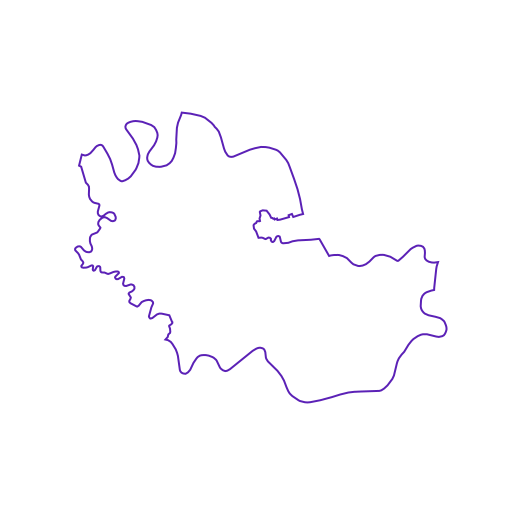 An Duong, Hải Phòng, Vietnam, rotated 336°
{"feature_id": "81297802B31270346353021", "entity_name": "An Duong", "entity_type": "district", "adm_level": 2, "iso_a3": "VNM", "parent_name": "Vietnam", "parent_adm1": "Hải Phòng", "projection": "albers", "projection_center": [106.579, 20.884], "detail": "fine", "context": "isolated", "style": "outline", "palette": "violet", "viewbox_px": 512, "rotation_deg": 336, "n_neighbors": 0, "source": "geoboundaries", "source_scale": "gbopen_adm2", "svg_char_len": 6114}
<svg xmlns="http://www.w3.org/2000/svg" viewBox="0 0 512 512"><g transform="rotate(336 256 256)"><path d="M246.5,94.8L245.0,96.7L239.0,102.5L235.9,106.7L230.6,117.0L229.2,120.4L226.7,124.8L223.9,129.2L220.6,132.6L217.7,134.9L214.9,136.1L211.2,136.8L205.8,135.9L204.3,135.4L200.9,133.7L198.5,131.7L197.2,129.7L196.2,127.3L195.8,125.0L196.0,123.5L196.5,122.0L197.5,120.5L198.6,119.1L201.1,117.2L207.9,113.4L211.3,110.7L214.0,107.7L215.3,105.6L215.9,103.4L216.0,100.3L215.5,96.9L213.5,93.7L206.7,87.2L202.9,84.8L200.9,83.7L198.6,82.9L195.9,82.4L193.6,82.3L191.7,82.6L190.3,83.5L189.3,84.7L188.9,86.0L188.9,87.3L191.3,98.7L191.9,105.9L191.6,110.6L190.3,116.9L189.3,118.8L186.4,123.3L182.5,127.1L181.0,128.3L174.0,132.3L170.7,133.3L167.4,133.6L164.5,133.4L163.7,133.1L162.8,132.3L161.2,129.6L160.7,127.6L160.4,125.1L160.5,122.0L161.7,114.0L162.2,108.1L161.9,102.1L161.0,94.3L160.7,92.9L160.1,91.9L159.2,91.2L157.8,90.8L155.4,90.8L153.7,91.3L150.6,92.9L146.5,94.7L143.9,95.1L141.5,94.9L140.5,94.5L138.1,92.5L131.1,101.5L132.6,103.3L130.4,119.8L131.4,122.5L131.6,124.6L130.8,126.8L128.3,131.9L127.7,134.1L127.6,136.4L128.4,139.4L129.1,140.7L130.0,141.7L133.4,144.3L133.8,145.2L133.5,146.2L129.6,151.0L128.9,152.6L128.8,154.2L129.4,155.7L130.3,156.8L131.1,157.1L133.1,157.2L136.0,156.4L138.6,156.1L140.1,156.4L142.0,157.5L143.3,158.8L143.7,160.0L143.7,163.2L143.2,164.6L142.0,165.9L141.2,166.2L139.4,166.0L137.9,165.0L135.4,160.8L133.9,159.2L132.3,158.6L130.8,158.6L127.9,159.4L125.8,160.9L124.8,162.6L124.7,164.1L125.4,166.8L124.9,167.4L121.2,169.6L120.3,169.9L114.9,169.7L114.0,170.0L112.3,171.2L111.6,172.1L110.3,174.8L109.8,177.2L109.9,180.3L109.5,182.3L108.8,183.6L107.3,184.8L105.5,184.8L104.7,184.5L103.0,183.5L102.2,182.7L101.1,180.9L99.8,176.5L99.3,175.8L98.4,175.2L96.9,174.8L95.2,175.1L94.1,175.5L93.5,176.1L93.2,177.3L94.6,181.1L94.9,182.8L94.7,188.0L95.4,189.9L95.6,191.5L95.4,192.1L94.5,192.9L92.5,193.9L92.2,194.4L92.2,195.4L93.5,196.5L96.1,197.5L97.8,197.8L101.8,197.7L102.6,198.0L102.9,198.3L103.1,199.1L101.4,201.9L101.3,202.6L101.6,203.3L102.6,203.5L103.3,203.3L106.4,201.0L107.4,201.0L108.5,201.4L109.1,202.3L109.1,203.0L107.8,206.3L107.8,207.4L108.2,208.1L108.8,208.5L110.9,209.5L113.0,211.8L113.7,212.3L115.5,212.5L119.2,212.6L121.2,213.0L123.0,213.7L123.7,214.2L124.1,215.1L123.7,215.9L119.1,217.6L118.5,218.3L118.6,219.7L119.0,220.3L120.6,221.0L125.1,220.5L126.3,221.2L126.7,221.7L126.5,223.1L123.3,227.2L123.1,228.4L123.4,229.3L123.9,229.9L125.2,230.6L129.9,231.0L130.8,231.4L132.2,232.9L132.4,234.7L131.7,236.3L131.0,236.9L129.9,237.4L128.1,237.9L125.5,237.9L124.4,238.5L124.2,239.1L124.8,242.9L124.0,244.0L122.1,245.4L121.7,246.1L121.6,246.8L122.2,248.2L126.4,253.5L126.9,253.9L128.6,253.7L132.8,251.6L135.2,251.5L137.4,251.7L140.0,252.4L141.9,253.6L142.6,254.6L143.1,256.3L142.7,257.5L139.5,260.4L133.7,267.5L133.5,268.6L133.8,269.9L134.3,270.3L136.1,270.5L141.8,269.1L144.3,269.3L146.4,270.3L152.7,274.9L152.5,282.0L152.7,282.3L152.4,283.1L151.0,283.9L148.4,284.3L148.1,284.8L147.9,287.4L146.9,290.3L146.2,291.3L144.0,292.0L142.4,294.1L139.3,295.5L141.4,297.1L143.2,299.8L143.9,302.5L144.7,308.7L144.5,312.4L144.0,315.6L140.1,329.1L140.0,330.6L140.5,332.3L141.7,333.7L143.6,334.9L144.6,334.9L146.6,334.6L149.6,333.2L155.4,328.2L159.9,325.4L161.6,324.6L164.2,324.2L165.9,324.5L167.9,325.2L170.0,326.2L172.3,327.8L175.2,330.7L176.1,332.0L177.3,334.6L177.5,335.8L177.7,343.2L178.0,344.5L179.2,346.8L180.7,348.3L181.5,348.8L183.2,349.1L186.2,348.8L214.3,341.3L218.3,340.8L219.9,340.8L221.5,341.1L222.7,341.6L224.6,343.1L225.4,344.5L225.5,345.4L225.4,347.6L223.7,352.9L223.6,354.1L224.0,357.1L228.9,369.6L230.4,375.9L230.9,381.2L230.5,388.4L230.5,392.5L230.8,394.9L231.2,396.2L232.2,398.7L236.1,405.0L237.1,406.3L241.2,409.5L243.4,410.7L246.0,411.6L256.0,413.9L268.1,415.8L276.7,416.8L284.9,418.3L290.4,420.0L296.8,422.5L313.8,429.4L315.8,429.7L319.1,429.2L323.5,427.7L330.5,423.8L333.4,421.3L341.1,411.3L342.4,409.8L344.9,407.6L348.9,405.3L352.4,403.8L359.2,399.1L363.6,396.8L366.0,395.9L371.1,395.0L374.7,395.0L376.7,395.4L380.3,397.0L387.9,402.9L390.1,404.3L393.6,405.0L395.4,404.8L397.0,403.9L398.6,402.5L400.0,400.9L400.7,399.4L401.1,398.0L401.3,396.4L401.4,393.2L401.2,391.8L399.9,389.1L398.9,387.6L395.2,384.5L389.5,380.3L386.8,377.3L386.1,375.8L385.6,374.0L385.4,372.4L385.5,370.9L386.0,368.9L388.7,363.7L389.6,362.3L391.9,360.1L394.2,359.0L395.8,358.6L397.4,358.5L402.1,358.9L404.9,359.5L405.9,357.5L415.4,341.1L416.8,339.0L419.8,335.6L416.0,334.5L413.9,333.4L411.5,331.5L410.0,329.4L409.4,327.5L409.5,326.1L409.8,325.2L411.6,321.9L412.5,319.5L412.8,317.7L412.3,315.5L410.8,313.8L408.4,312.4L406.7,312.0L402.5,312.2L400.1,312.6L389.9,316.5L384.3,318.2L383.6,318.2L382.9,317.7L378.4,311.3L373.4,307.1L371.9,306.3L369.4,305.3L365.4,304.6L364.1,304.7L362.7,305.1L357.4,307.2L353.1,308.2L349.5,308.1L346.5,307.3L345.2,306.6L341.6,303.2L340.5,301.0L338.2,294.9L335.3,291.4L332.3,288.9L330.9,288.2L327.3,286.7L324.5,285.9L322.8,285.7L320.9,266.7L320.6,266.0L312.8,263.5L300.7,258.8L295.3,257.4L290.9,257.1L285.9,255.4L285.2,254.8L284.7,254.0L284.6,253.1L285.5,248.4L285.5,247.8L284.5,246.8L283.4,246.6L282.4,246.8L278.7,249.8L277.1,250.1L276.5,249.7L276.1,249.0L276.0,247.5L276.6,246.6L276.6,246.1L276.0,244.9L274.8,244.2L271.8,244.5L271.2,244.1L269.6,242.2L268.5,241.4L265.7,240.4L266.1,233.6L265.3,230.2L266.2,227.1L266.6,226.6L267.9,226.0L269.6,225.9L270.8,224.8L271.3,224.7L273.4,225.7L273.9,225.7L274.5,223.2L276.6,220.8L277.4,217.3L278.0,216.9L280.7,217.0L284.1,218.9L285.3,223.6L285.4,227.3L286.5,228.0L286.9,229.0L287.9,229.1L287.9,230.2L290.4,230.3L290.2,231.8L292.8,232.6L302.0,233.9L302.4,232.0L305.9,232.2L305.9,235.5L312.8,236.2L316.1,236.8L316.9,232.1L319.4,221.9L321.1,211.8L322.1,201.4L323.0,188.5L323.2,184.2L322.7,180.5L320.0,171.0L318.7,168.5L317.4,167.0L312.3,162.5L309.1,160.4L304.9,158.4L298.8,157.1L293.6,156.4L275.8,156.0L274.2,155.6L272.7,154.8L271.7,153.9L271.0,152.6L270.3,148.2L270.5,144.7L272.2,133.4L272.6,127.2L271.8,123.7L270.8,121.2L270.6,119.6L269.5,116.3L265.6,108.9L262.4,105.5L254.2,99.4L246.5,94.8Z" fill="none" stroke="#5b21b6" stroke-width="2"/></g></svg>